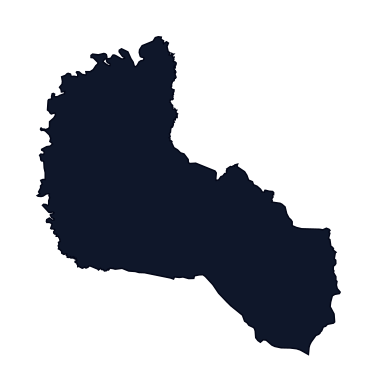 outline of Non Khun, Si Sa Ket, Thailand, rotated 5°
{"feature_id": "78962969B12242919423404", "entity_name": "Non Khun", "entity_type": "district", "adm_level": 2, "iso_a3": "THA", "parent_name": "Thailand", "parent_adm1": "Si Sa Ket", "projection": "orthographic", "projection_center": [104.683, 14.916], "detail": "fine", "context": "isolated", "style": "filled", "palette": "ink", "viewbox_px": 384, "rotation_deg": 5, "n_neighbors": 0, "source": "geoboundaries", "source_scale": "gbopen_adm2", "svg_char_len": 5837}
<svg xmlns="http://www.w3.org/2000/svg" viewBox="0 0 384 384"><g transform="rotate(5 192 192)"><path d="M322.1,343.7L322.1,336.8L322.6,334.0L323.8,331.0L327.9,324.1L330.6,322.7L331.9,321.2L331.8,320.7L333.3,318.9L334.5,315.0L336.8,314.1L338.4,312.0L344.3,310.3L345.4,309.0L344.1,301.1L339.6,294.2L339.7,289.6L340.8,283.2L343.2,281.5L347.7,280.3L348.3,278.8L345.1,275.6L343.9,272.1L344.2,268.4L343.0,267.5L342.7,263.8L339.9,259.9L340.2,258.2L339.4,257.0L339.3,253.4L340.4,252.7L341.5,250.8L341.1,247.4L339.5,246.2L340.0,240.2L340.7,239.5L337.6,237.5L337.3,237.0L337.9,236.3L337.6,235.7L335.8,234.2L335.0,234.0L333.5,227.4L332.0,226.5L332.9,221.0L332.1,220.5L332.0,219.5L332.8,218.2L331.7,217.2L329.0,216.4L325.6,218.3L322.5,218.0L304.5,219.1L299.2,218.3L294.7,216.8L294.4,212.9L293.1,211.2L290.7,209.3L288.2,205.4L286.0,198.8L282.7,196.4L280.8,195.6L272.3,195.1L272.7,193.8L271.9,192.0L273.1,190.0L272.5,187.9L272.7,187.3L273.5,187.4L273.4,185.5L272.3,184.5L268.7,184.5L265.2,183.9L264.5,184.0L264.1,185.9L262.1,186.0L260.0,183.3L256.3,180.6L252.6,179.4L251.3,176.5L247.3,175.2L245.2,170.6L242.6,167.2L235.0,163.0L234.6,161.9L235.0,160.3L232.3,161.3L232.0,162.5L231.3,162.2L229.3,163.5L228.0,163.3L224.6,166.1L225.0,166.7L224.4,168.1L224.8,168.6L224.6,170.2L223.9,170.8L223.0,170.8L221.3,173.4L219.5,174.2L217.5,177.7L215.1,178.4L214.5,176.8L214.5,170.9L213.1,169.1L193.2,163.0L187.0,163.9L185.8,162.7L185.3,159.9L180.7,154.8L177.1,154.0L173.9,151.3L170.1,149.4L167.3,144.5L167.6,143.5L166.5,142.7L165.6,142.7L165.3,140.4L164.5,140.0L165.4,138.7L164.4,136.0L165.3,134.4L165.3,130.9L165.8,129.3L166.5,129.1L166.2,128.6L166.9,128.6L167.3,127.6L167.5,126.1L167.0,125.3L168.3,123.9L167.6,123.2L167.6,121.4L168.5,121.1L168.3,121.6L169.0,121.6L169.0,119.7L169.6,118.6L170.0,119.2L170.7,119.1L170.4,116.3L169.9,116.0L170.7,115.4L169.1,114.3L169.0,113.0L169.6,111.9L168.7,111.9L167.6,110.5L167.2,111.2L165.5,110.9L165.1,110.1L165.6,109.3L164.8,108.1L165.1,107.4L163.7,106.4L162.7,104.7L162.0,104.4L162.5,101.7L164.2,101.8L164.9,101.3L165.1,100.7L164.5,99.9L164.7,98.1L164.1,97.5L165.0,96.3L164.5,94.9L165.2,93.7L165.2,91.8L163.2,91.4L161.7,89.4L162.5,88.4L162.2,86.6L162.9,83.5L164.4,82.6L164.6,80.2L165.5,80.2L166.1,79.1L164.7,76.0L165.4,74.2L164.1,74.4L164.2,73.8L164.8,73.7L164.8,72.6L163.8,71.8L163.4,70.5L163.4,68.8L164.4,69.4L164.1,67.2L164.9,66.8L165.0,64.9L163.6,63.8L162.4,63.9L161.8,63.4L162.4,61.7L161.8,60.5L162.3,60.0L162.4,59.2L161.0,59.4L160.3,58.0L161.7,56.3L160.8,56.4L159.8,55.7L159.1,57.9L157.2,57.4L158.0,55.3L156.0,54.2L154.4,49.3L155.5,45.7L153.5,44.6L150.7,46.8L150.3,45.9L150.5,43.9L147.7,42.5L147.9,40.4L144.8,40.3L142.0,41.4L140.1,45.2L129.6,50.6L127.4,54.8L127.3,57.6L128.6,61.2L129.5,61.9L132.1,62.3L132.6,63.7L131.8,65.2L129.7,65.7L128.0,67.0L126.3,70.8L124.9,72.1L124.0,72.0L123.4,71.4L122.0,67.7L119.5,64.5L115.9,58.0L109.3,55.5L107.2,57.1L107.2,58.7L111.0,63.0L113.2,63.9L113.2,64.7L110.7,65.8L103.9,62.7L102.3,62.3L101.2,62.6L99.4,65.9L96.3,66.7L95.4,68.0L95.5,69.1L96.7,70.6L98.9,71.2L99.5,72.4L99.3,73.2L98.1,73.3L96.0,72.6L92.2,70.2L92.1,69.3L92.7,68.2L95.3,66.0L95.5,65.2L94.7,62.7L93.5,61.9L92.1,61.7L86.8,63.5L81.0,63.3L79.5,64.7L79.7,66.8L82.0,66.9L87.2,71.3L86.9,72.7L85.2,74.6L83.0,78.7L80.1,81.0L75.8,81.4L76.5,83.8L75.8,84.8L72.1,84.4L69.0,82.2L66.9,82.2L66.4,82.8L67.9,84.8L68.1,86.6L67.8,87.3L64.4,87.0L61.6,87.5L60.6,85.1L58.3,84.6L57.2,85.1L55.7,86.9L52.1,88.6L53.3,93.0L53.2,95.9L50.9,99.2L52.6,101.2L53.2,103.7L56.5,102.9L56.4,105.2L51.7,107.4L50.3,108.5L48.2,109.1L46.3,108.9L46.6,106.5L45.4,105.9L44.2,106.3L43.8,108.8L44.1,111.5L41.1,112.5L40.7,113.5L40.9,122.9L42.9,124.2L43.6,125.5L45.0,126.5L48.3,125.2L49.1,126.1L49.2,127.6L47.8,130.4L44.0,134.4L44.4,139.8L43.5,141.3L40.7,142.6L39.3,142.2L37.6,142.4L36.1,141.4L35.7,142.0L35.7,143.0L36.6,143.8L38.4,143.4L40.5,143.9L44.9,147.5L46.6,150.9L46.0,154.1L47.7,155.0L48.9,156.3L46.7,158.7L43.3,159.5L38.5,162.6L38.6,163.4L41.0,164.4L41.4,166.1L40.8,167.6L38.1,167.4L37.0,168.7L38.0,170.3L38.6,173.2L39.5,174.1L40.9,174.0L41.8,174.9L42.7,181.0L44.1,185.5L44.7,192.3L42.2,192.6L40.3,193.6L42.2,197.2L40.6,199.1L40.9,201.2L39.2,205.3L40.7,207.1L38.1,209.1L39.0,209.6L42.0,209.6L44.0,209.0L47.0,206.6L49.3,206.1L50.1,206.5L49.8,207.9L50.8,210.1L50.0,213.2L50.3,216.1L49.8,218.0L49.2,218.3L47.6,217.2L45.2,217.2L44.2,218.3L51.1,224.6L52.1,224.8L55.0,224.0L56.3,224.7L55.9,225.7L53.1,226.6L52.8,227.2L54.4,229.6L56.9,230.7L56.9,231.9L55.4,232.3L52.2,230.4L49.7,232.2L49.5,233.9L50.0,234.9L52.7,234.7L55.2,235.7L55.3,237.2L54.4,240.5L55.1,241.0L56.6,240.8L58.4,241.3L58.6,242.3L57.7,243.7L57.9,245.0L58.9,245.8L60.8,245.9L60.6,247.9L62.6,247.8L64.2,250.1L65.0,252.7L63.4,253.8L64.1,255.6L63.4,257.3L64.2,258.6L63.9,260.3L65.6,260.9L67.3,262.5L67.6,264.3L69.8,265.3L71.5,264.6L72.7,264.8L72.3,265.9L73.5,267.0L73.5,267.9L75.3,267.9L76.6,267.0L77.0,268.2L78.7,268.1L78.6,267.4L79.3,266.9L79.9,267.9L80.6,267.5L80.6,268.6L81.5,268.9L82.2,268.4L82.5,269.6L83.3,270.0L83.0,270.7L81.6,271.3L81.7,272.1L84.0,273.2L84.1,273.7L83.3,273.5L84.4,274.3L84.7,276.3L85.6,275.9L89.3,277.5L91.8,276.2L93.0,277.0L94.9,276.0L95.9,274.7L97.0,274.5L104.9,277.0L105.6,277.8L107.6,276.0L109.0,277.2L110.5,277.0L111.6,278.3L113.7,277.8L114.6,276.7L115.5,276.9L115.4,276.1L116.1,276.2L117.1,274.9L119.4,275.2L120.2,274.8L120.9,275.4L122.5,275.5L129.0,274.1L135.9,276.2L142.4,276.1L146.2,276.8L151.6,276.5L178.1,279.5L181.2,280.3L181.9,278.1L186.8,278.2L190.5,277.4L196.2,278.5L201.3,277.9L201.7,275.3L206.4,273.9L210.1,273.4L212.7,275.0L220.8,282.4L227.4,290.5L236.7,298.7L240.7,302.0L253.0,310.3L255.7,316.1L258.2,317.4L260.3,319.8L264.9,321.5L266.0,322.4L267.1,324.9L268.2,331.6L270.6,334.2L273.2,335.7L275.8,333.0L278.8,333.1L284.9,337.5L287.9,338.6L294.3,339.4L303.5,338.8L309.8,339.0L313.6,339.9L322.1,343.7Z" fill="#0f172a" stroke="#020617" stroke-width="1.5"/></g></svg>